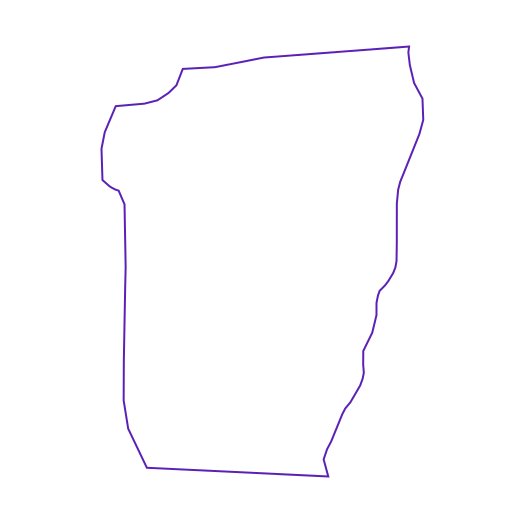 Atlantique, Robinson projection, rotated 183°
{"feature_id": "BEN-2174", "entity_name": "Atlantique", "entity_type": "Department", "adm_level": 1, "iso_a3": "BEN", "parent_name": "Benin", "parent_adm1": "", "projection": "robinson", "projection_center": [2.175, 6.604], "detail": "fine", "context": "isolated", "style": "outline", "palette": "violet", "viewbox_px": 512, "rotation_deg": 183, "n_neighbors": 0, "source": "natural_earth", "source_scale": "10m", "svg_char_len": 841}
<svg xmlns="http://www.w3.org/2000/svg" viewBox="0 0 512 512"><g transform="rotate(183 256 256)"><path d="M338.9,439.0L306.9,442.4L258.5,454.6L114.1,473.2L114.5,467.2L112.4,454.9L107.2,437.1L98.0,421.9L96.1,400.7L99.2,386.4L112.4,347.7L115.8,337.9L117.5,329.7L118.1,315.7L116.1,276.9L115.4,258.3L116.2,252.0L118.1,246.2L122.6,237.8L125.7,233.3L130.7,227.7L132.1,223.0L133.2,215.6L132.6,203.2L135.9,185.5L143.9,166.8L143.3,153.3L142.2,144.9L143.1,139.0L145.2,132.1L154.0,115.0L158.9,108.4L161.6,102.4L171.2,74.8L174.9,66.8L177.8,56.4L172.3,39.6L353.9,38.8L374.6,76.9L380.6,104.8L382.5,144.3L385.0,217.8L385.6,238.3L390.0,300.7L396.6,314.1L400.0,315.0L403.5,316.6L406.1,318.1L413.3,323.8L415.9,355.0L413.5,371.8L403.9,398.3L375.4,402.3L362.6,406.3L351.9,414.2L344.4,422.3L338.9,439.0Z" fill="none" stroke="#5b21b6" stroke-width="2"/></g></svg>